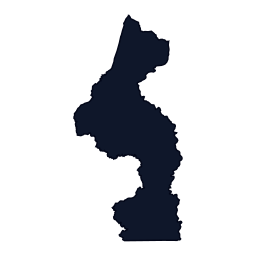 Nsanje, Nsanje, Malawi (orthographic projection)
{"feature_id": "42251766B55445306782248", "entity_name": "Nsanje", "entity_type": "district", "adm_level": 2, "iso_a3": "MWI", "parent_name": "Malawi", "parent_adm1": "Nsanje", "projection": "orthographic", "projection_center": [35.103, -16.718], "detail": "fine", "context": "isolated", "style": "filled", "palette": "ink", "viewbox_px": 256, "rotation_deg": 0, "n_neighbors": 0, "source": "geoboundaries", "source_scale": "gbopen_adm2", "svg_char_len": 5917}
<svg xmlns="http://www.w3.org/2000/svg" viewBox="0 0 256 256"><path d="M75.1,120.6L75.4,121.3L76.5,121.5L76.8,121.8L75.7,122.9L75.5,124.2L75.9,126.3L76.7,126.8L76.2,127.9L76.6,128.9L76.4,130.7L76.7,132.6L77.3,133.4L77.4,135.1L80.9,135.6L83.6,134.5L84.2,133.8L85.5,134.0L86.2,133.8L87.1,134.3L87.6,134.4L88.6,133.9L89.2,133.0L89.9,132.9L90.8,134.1L90.8,135.4L91.3,136.0L92.0,136.1L94.1,135.6L94.2,136.3L94.9,136.6L95.2,137.1L95.4,138.9L95.2,140.2L96.0,140.7L96.1,141.5L97.0,141.7L97.2,142.5L96.8,144.8L95.9,146.6L96.9,146.7L97.3,147.6L98.2,148.1L99.5,148.1L100.0,150.1L100.5,150.7L101.2,150.3L101.9,150.9L103.8,151.0L104.4,150.5L104.6,150.6L104.9,151.4L105.8,151.7L106.1,152.1L106.3,152.2L107.0,151.9L107.8,152.8L107.4,154.8L107.8,156.3L109.0,156.6L109.7,157.6L110.5,157.4L111.0,157.0L111.8,158.1L113.7,158.2L113.8,159.0L114.0,158.9L114.4,158.6L115.4,158.6L116.7,157.8L117.4,156.4L117.0,155.8L118.6,154.9L118.8,154.8L119.1,156.0L120.4,156.0L121.2,155.7L122.2,154.6L123.0,156.2L123.7,155.9L124.1,156.2L125.2,154.8L125.7,155.3L127.1,154.7L129.1,154.5L129.6,155.0L130.7,154.9L131.4,155.2L131.9,154.7L134.0,156.5L134.4,156.2L134.5,154.6L134.9,154.6L135.7,155.3L136.1,157.9L138.7,158.6L139.8,159.9L139.6,160.4L140.2,160.5L141.2,162.0L141.1,162.5L141.6,163.6L140.9,164.6L141.5,166.0L141.4,166.7L140.0,167.0L139.4,167.9L138.4,168.7L138.1,169.4L137.5,170.1L139.3,171.7L139.1,174.1L139.3,174.8L140.1,175.5L141.1,175.7L141.2,176.2L140.9,177.1L141.1,178.3L141.5,179.8L142.3,181.1L143.1,183.3L143.2,186.5L143.5,186.9L144.3,187.4L144.3,187.7L143.6,188.4L142.9,188.4L142.2,189.0L141.7,189.1L140.9,188.8L140.3,187.4L139.9,187.3L139.0,188.3L138.3,188.4L137.9,188.8L137.3,190.4L136.0,192.6L136.1,193.4L136.7,194.2L136.1,195.0L135.5,195.4L134.8,196.7L131.9,198.3L131.4,198.1L130.4,198.3L129.1,198.2L127.8,198.5L125.9,199.8L124.9,200.1L123.9,201.3L120.7,201.0L119.8,201.5L118.2,203.2L115.5,203.4L115.1,204.6L114.3,205.6L114.4,206.4L113.4,206.8L113.6,207.3L113.3,207.7L112.5,207.8L112.8,208.3L114.2,208.9L113.8,209.5L113.8,210.0L115.8,210.7L115.6,211.5L114.9,212.6L115.1,213.7L114.6,214.6L114.4,216.1L113.7,216.9L114.0,218.7L114.7,219.4L115.3,219.3L116.2,220.1L117.7,221.9L118.4,222.2L119.0,223.3L120.9,222.4L121.1,222.6L121.3,223.0L120.6,223.6L120.6,224.9L121.6,226.5L122.8,226.8L123.2,226.5L123.4,225.7L123.6,225.7L123.8,225.8L123.7,226.3L124.7,227.1L125.1,228.6L127.6,229.0L127.6,229.3L127.2,229.7L125.3,230.9L123.8,231.3L123.2,230.6L122.7,230.6L121.3,232.7L121.2,233.7L119.4,234.7L119.5,235.6L119.8,236.0L122.4,237.2L123.2,237.9L122.8,239.6L124.5,240.6L163.8,240.2L177.2,240.3L177.6,239.8L179.7,239.8L180.2,239.5L180.6,238.9L179.6,237.6L179.6,234.0L178.3,231.9L178.8,230.2L180.1,228.6L180.6,227.1L180.7,226.6L180.1,225.7L180.1,223.6L181.4,223.0L181.7,222.3L181.3,221.6L180.6,221.3L178.1,222.1L177.4,221.7L177.3,220.7L178.4,218.3L177.3,216.9L175.9,214.2L177.2,210.3L177.0,208.8L176.2,207.4L176.3,206.7L177.0,205.5L178.6,203.8L178.7,201.5L179.3,200.0L177.5,198.6L176.9,197.5L176.7,196.0L176.9,195.3L176.6,194.6L176.1,194.5L174.6,194.9L173.5,195.8L173.0,195.5L172.3,194.5L170.5,194.2L169.6,193.8L169.6,193.3L170.9,192.4L171.2,191.7L170.8,191.0L169.2,190.7L168.8,190.4L168.6,189.4L168.9,187.9L170.6,187.7L170.5,187.2L169.5,186.0L169.5,185.3L170.8,184.4L170.8,182.9L171.2,181.8L173.3,179.2L174.0,177.8L173.8,176.5L173.4,176.3L171.2,176.4L170.9,176.0L170.8,175.5L171.2,175.0L173.3,174.1L173.8,173.5L173.6,172.4L173.0,171.6L173.2,170.7L176.2,169.4L177.1,168.2L177.1,167.3L179.1,165.7L179.7,164.3L179.5,161.4L179.7,161.0L181.4,159.9L181.9,159.0L182.0,158.2L181.8,157.2L179.7,154.8L179.7,152.6L179.4,151.9L178.8,151.3L176.9,150.4L175.4,148.0L175.6,147.0L174.9,144.0L177.0,142.0L177.7,140.3L177.1,138.9L175.0,136.8L174.3,135.2L174.6,134.2L176.4,133.2L176.6,132.8L174.0,132.3L173.3,131.3L173.7,129.8L174.7,128.6L174.8,127.5L175.2,126.7L175.2,125.5L174.7,124.6L172.4,124.0L171.4,123.4L170.9,121.7L169.6,121.0L169.2,120.1L167.8,118.6L167.4,117.2L166.8,116.4L164.2,116.7L163.8,116.4L163.3,115.6L161.5,114.6L160.1,112.1L160.0,111.4L160.5,110.4L159.9,108.6L159.4,108.0L158.5,107.6L156.9,109.0L156.1,109.4L155.6,109.4L155.6,108.9L153.8,105.0L151.2,104.8L148.2,102.1L147.2,101.9L146.1,101.0L144.5,101.0L143.8,100.7L143.3,99.5L144.3,96.8L143.9,96.5L141.3,97.0L140.8,96.7L140.5,95.4L139.9,94.3L140.0,91.4L138.7,89.6L138.5,88.9L138.2,86.5L138.7,85.9L138.7,85.7L137.2,84.3L137.3,82.8L138.8,82.0L141.0,81.2L141.9,80.3L144.3,79.2L145.6,78.1L145.9,77.1L145.5,75.4L145.6,74.7L148.3,72.2L151.2,71.6L153.7,71.9L155.2,70.8L155.2,70.3L154.1,69.7L153.5,68.3L153.8,67.9L155.0,67.6L155.6,66.3L156.8,65.7L161.3,65.3L163.3,64.7L165.0,63.9L166.7,62.0L167.8,59.3L167.9,56.3L168.6,54.6L168.4,52.2L168.8,50.5L168.9,49.1L168.2,45.0L168.6,41.4L168.0,41.7L167.1,41.3L166.1,41.7L165.7,41.1L165.1,40.7L165.1,40.4L164.7,40.0L163.4,39.9L162.5,39.4L160.9,39.4L159.0,40.0L158.0,39.3L157.4,38.1L156.0,37.4L156.2,36.4L155.8,34.9L154.8,34.6L154.2,33.7L151.4,31.3L148.1,31.8L144.9,31.6L142.8,32.0L141.9,31.3L140.9,31.3L140.5,30.8L140.2,28.1L139.5,27.0L139.5,25.7L138.7,24.8L138.4,22.4L135.3,21.1L134.5,20.5L133.2,20.0L132.9,19.6L131.4,19.2L130.5,18.3L130.1,17.2L128.8,15.4L128.5,15.4L128.5,16.0L126.0,19.0L124.8,21.8L123.8,23.3L124.2,25.3L124.1,25.9L122.6,30.5L121.3,35.6L120.9,36.2L119.4,43.0L117.2,50.9L114.5,58.5L114.0,61.9L112.2,67.1L112.4,67.4L110.7,69.6L108.6,70.9L108.1,71.5L107.1,71.8L106.4,72.4L106.5,73.4L105.7,74.8L104.8,74.9L104.7,74.6L104.1,75.0L102.4,75.1L102.8,75.9L101.5,76.6L102.0,77.8L101.5,77.8L100.1,78.9L100.2,79.4L100.9,79.9L100.9,80.7L99.9,80.9L96.7,84.2L96.2,84.3L95.4,83.8L92.7,86.3L92.5,89.3L92.7,89.6L91.5,91.0L92.2,92.5L91.9,93.1L92.1,93.5L91.1,95.1L91.8,95.3L92.0,96.0L92.8,96.9L92.8,97.5L92.5,97.6L90.5,100.7L88.7,102.3L84.8,103.4L83.3,104.4L81.0,105.1L79.4,107.4L78.0,108.4L76.7,110.8L76.5,111.5L75.8,112.0L75.6,112.6L74.7,113.3L74.5,113.7L74.7,115.3L74.1,116.7L74.0,118.3L75.2,119.7L75.1,120.6Z" fill="#0f172a" stroke="#020617" stroke-width="1.5"/></svg>